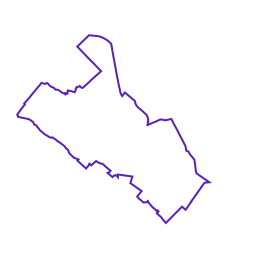 Caracal, Olt, Romania (Natural Earth projection), rotated 37°
{"feature_id": "2599482B13256111556680", "entity_name": "Caracal", "entity_type": "district", "adm_level": 2, "iso_a3": "ROU", "parent_name": "Romania", "parent_adm1": "Olt", "projection": "natural_earth1", "projection_center": [24.333, 44.117], "detail": "fine", "context": "isolated", "style": "outline", "palette": "violet", "viewbox_px": 256, "rotation_deg": 37, "n_neighbors": 0, "source": "geoboundaries", "source_scale": "gbopen_adm2", "svg_char_len": 5608}
<svg xmlns="http://www.w3.org/2000/svg" viewBox="0 0 256 256"><g transform="rotate(37 128 128)"><path d="M215.4,181.1L217.0,169.1L218.5,158.3L223.2,158.7L222.9,148.6L222.7,148.6L222.5,141.5L222.5,140.8L222.5,139.7L222.4,138.8L222.4,136.9L222.3,136.2L222.3,135.3L222.3,134.7L222.3,133.7L222.2,132.7L222.2,131.6L222.1,131.3L222.2,131.2L222.2,130.9L222.2,130.6L222.1,130.3L222.1,129.2L222.1,128.6L222.0,126.3L222.0,126.0L221.6,126.1L225.6,122.4L209.9,123.0L209.8,122.8L209.7,122.7L208.2,121.6L207.5,120.9L204.7,118.0L203.6,116.8L201.0,114.3L200.1,113.4L199.8,113.3L198.6,113.0L195.2,112.2L194.6,112.1L193.8,111.9L193.4,111.8L192.6,111.4L191.8,111.0L190.4,110.4L188.3,111.1L184.8,107.9L184.5,107.7L182.7,106.9L181.4,106.2L180.4,105.7L179.5,105.3L178.5,104.9L176.9,104.1L176.0,103.6L174.6,103.0L171.5,101.5L169.7,100.6L169.2,100.4L166.3,99.0L164.3,98.1L160.8,96.5L157.1,94.7L156.6,95.3L155.6,96.5L155.1,97.2L154.7,97.7L154.4,98.0L154.2,98.3L153.9,98.7L153.6,99.1L153.3,99.2L152.5,99.6L150.5,100.7L149.7,101.1L148.9,101.5L148.7,101.7L148.0,103.0L147.3,104.2L146.8,105.2L146.2,106.3L145.4,107.6L143.8,110.4L143.0,111.8L142.4,112.9L141.9,113.7L141.8,114.0L141.7,114.0L141.4,113.4L141.1,112.6L140.9,112.0L140.6,111.1L140.4,110.7L140.0,110.7L139.9,110.4L139.5,109.8L139.2,109.4L139.1,109.2L138.8,108.9L138.5,108.6L138.3,108.4L138.0,108.2L137.7,107.9L137.2,107.6L136.8,107.4L136.6,107.2L136.2,107.0L135.9,106.9L135.6,106.7L135.3,106.6L134.5,106.4L134.1,106.3L133.8,106.3L133.4,106.2L132.6,106.1L132.3,106.1L132.0,106.1L131.4,106.0L130.3,105.9L126.3,105.6L123.7,105.5L122.2,105.2L121.6,105.0L121.2,104.9L120.7,104.7L120.1,104.5L119.9,104.4L119.6,104.2L119.2,104.0L118.8,103.6L118.4,103.3L117.8,102.7L117.3,102.3L110.8,101.9L104.3,101.5L104.2,101.5L104.1,104.8L104.1,105.8L104.1,106.0L102.5,105.4L101.4,104.7L100.8,104.4L100.5,104.1L100.1,103.8L99.1,102.9L98.0,101.9L97.0,101.1L95.6,99.9L94.5,99.0L93.4,98.1L92.5,97.1L91.5,96.3L91.0,95.8L90.2,95.1L89.6,94.6L88.9,93.9L88.4,93.5L87.0,92.2L86.2,91.5L84.4,89.9L83.5,89.1L83.0,88.6L82.1,87.7L81.1,86.9L80.6,86.3L79.4,85.3L77.8,83.8L76.1,82.2L75.4,81.5L74.4,80.7L73.4,79.8L72.5,78.9L71.8,78.2L70.8,77.3L70.0,76.6L68.5,75.2L67.2,73.9L66.1,72.9L65.4,72.3L65.5,72.3L64.1,71.0L61.4,70.6L58.9,70.4L55.2,70.8L51.6,71.5L48.5,72.8L43.0,76.2L41.0,77.5L38.5,93.5L57.2,96.5L58.0,96.7L58.4,96.7L58.5,96.6L72.3,98.8L69.5,113.0L69.5,113.5L69.2,115.4L67.7,123.1L67.4,123.4L67.0,123.7L66.8,123.8L64.1,123.6L64.0,124.6L63.5,125.0L63.1,125.4L62.7,125.8L62.3,126.1L62.3,126.3L62.4,126.6L62.8,127.2L62.9,127.4L62.8,127.6L62.6,127.9L62.6,128.1L62.7,128.3L63.5,129.3L63.7,130.4L63.9,131.5L63.0,131.8L59.3,133.2L58.9,133.6L58.4,133.7L57.7,134.0L57.4,134.2L57.3,134.3L57.5,134.7L58.6,136.3L59.0,136.8L58.9,137.1L58.4,137.3L58.1,137.4L57.0,137.7L56.9,137.8L57.9,138.7L57.9,138.8L57.4,138.8L57.1,138.8L55.5,139.1L54.7,139.2L53.6,139.4L51.6,139.5L51.3,139.5L50.9,139.4L50.2,139.5L48.9,139.8L48.4,140.0L48.1,140.1L47.1,141.0L46.8,141.0L46.2,140.9L45.5,140.7L45.1,140.6L44.8,140.6L44.3,140.6L44.1,140.6L43.1,141.0L42.7,141.1L42.2,141.2L41.9,141.2L40.8,141.3L39.8,141.3L37.2,140.7L36.7,140.8L36.1,140.9L35.8,141.5L35.6,142.2L35.3,142.5L35.0,142.8L34.6,143.0L32.6,143.7L31.7,144.0L31.7,146.1L31.7,148.0L31.5,149.3L31.5,150.0L31.0,160.4L30.9,164.6L30.8,166.1L30.5,168.6L30.4,170.9L31.1,170.9L31.4,171.0L31.4,173.6L31.3,178.4L31.3,178.8L31.4,179.1L31.4,179.4L31.4,182.4L31.4,183.1L31.5,183.6L31.5,184.0L32.3,184.3L32.6,184.3L32.8,184.5L32.8,184.9L32.9,185.0L33.3,185.0L33.6,185.2L43.7,180.5L44.0,180.6L44.3,180.6L44.7,180.5L45.4,180.4L47.5,180.4L48.3,180.4L48.7,180.3L48.9,180.4L49.6,180.9L50.2,181.3L50.6,181.6L50.8,181.6L51.1,181.7L51.5,181.6L52.6,181.2L53.0,181.1L53.3,181.1L54.2,181.5L54.7,181.7L54.9,181.8L55.3,181.9L55.9,182.0L56.4,182.0L57.2,182.2L58.1,182.5L58.5,182.6L59.0,182.7L59.9,182.9L60.9,182.9L62.1,182.9L63.6,183.1L64.1,183.1L65.1,183.1L66.2,183.0L67.0,182.9L68.4,182.8L68.9,182.7L69.7,182.7L70.3,182.7L70.6,182.6L70.9,182.5L71.3,182.4L71.8,182.3L72.1,182.2L72.4,182.0L72.6,181.9L72.9,181.6L73.1,181.2L73.3,180.9L73.5,180.9L74.3,180.9L75.0,181.0L75.4,181.0L75.6,180.9L75.9,180.8L76.0,180.8L76.2,180.7L76.5,180.7L77.7,180.8L78.3,180.8L78.8,180.9L79.2,181.0L79.4,181.0L79.7,180.9L80.1,180.9L80.5,180.8L82.4,180.7L83.5,180.6L84.7,180.7L84.8,180.7L87.1,180.7L87.8,180.7L88.6,180.9L89.4,181.2L89.7,181.2L90.0,181.3L90.4,181.4L90.7,181.5L90.8,181.5L90.8,181.4L91.0,181.4L91.0,181.5L92.8,181.6L93.1,181.6L94.9,182.7L96.3,183.4L96.4,183.5L97.4,183.7L98.8,183.8L100.8,184.1L102.0,184.3L102.0,184.1L103.0,184.1L104.0,183.9L106.0,183.4L107.4,183.0L107.3,184.5L109.2,184.7L110.3,184.8L111.0,184.9L111.8,184.9L112.6,185.0L117.0,185.4L118.9,185.6L118.9,184.8L118.9,183.8L118.9,183.7L119.1,182.5L119.1,182.0L119.2,181.9L119.2,180.9L119.2,180.4L118.7,180.3L118.8,179.6L121.2,179.9L121.5,177.9L122.2,174.7L122.4,173.6L123.5,173.6L124.6,173.5L125.8,173.3L126.8,173.1L127.8,172.7L128.6,172.3L129.1,172.1L129.9,172.0L130.4,172.0L130.9,172.0L131.3,172.1L132.4,172.3L134.0,172.3L139.8,172.7L139.8,173.2L139.8,173.5L139.7,174.2L139.4,175.1L139.2,175.6L139.0,175.9L138.8,176.1L139.4,176.2L142.2,176.4L145.1,176.5L145.3,175.3L145.4,175.0L145.7,174.3L146.0,173.5L146.2,173.1L146.7,173.1L147.6,173.1L148.2,173.2L149.1,173.2L149.4,173.3L148.0,171.2L160.4,164.3L160.7,164.1L163.1,170.6L176.8,170.2L176.6,177.3L179.9,177.9L180.5,177.9L181.9,177.9L183.2,178.0L185.2,178.2L187.8,175.7L187.7,174.3L187.9,174.3L188.4,175.4L189.0,175.1L195.8,176.6L197.2,176.5L198.5,176.7L200.7,177.0L200.9,176.1L202.6,176.3L202.3,178.8L206.8,179.2L208.7,179.3L209.8,179.8L215.4,181.1Z" fill="none" stroke="#5b21b6" stroke-width="2"/></g></svg>